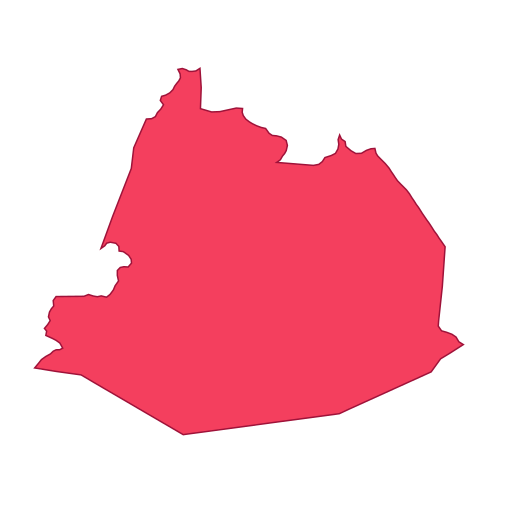 Guajeru, Bahia, Brazil (orthographic projection), rotated 184°
{"feature_id": "56859067B64963920888625", "entity_name": "Guajeru", "entity_type": "district", "adm_level": 2, "iso_a3": "BRA", "parent_name": "Brazil", "parent_adm1": "Bahia", "projection": "orthographic", "projection_center": [-41.967, -14.579], "detail": "fine", "context": "isolated", "style": "filled", "palette": "rose", "viewbox_px": 512, "rotation_deg": 184, "n_neighbors": 0, "source": "geoboundaries", "source_scale": "gbopen_adm2", "svg_char_len": 2193}
<svg xmlns="http://www.w3.org/2000/svg" viewBox="0 0 512 512"><g transform="rotate(184 256 256)"><path d="M68.0,278.4L71.9,283.3L74.7,286.7L77.1,290.0L79.9,293.2L82.9,297.3L85.8,301.1L88.2,303.9L90.7,307.1L93.1,310.1L95.2,313.0L97.2,315.7L99.7,318.6L102.1,321.9L104.5,324.9L107.3,328.8L110.5,332.4L114.0,335.5L116.9,338.0L120.1,340.9L122.6,344.0L124.7,346.8L126.8,349.4L129.5,353.1L133.5,357.2L138.1,361.2L141.6,364.3L143.5,367.0L144.9,371.6L148.8,371.0L153.2,369.1L158.0,365.8L163.6,365.2L168.5,367.6L174.0,371.6L175.1,376.4L178.9,378.6L181.0,382.5L182.2,377.8L181.2,373.2L181.7,368.5L183.9,363.9L187.9,361.5L194.1,359.0L196.4,354.8L199.7,351.8L205.0,350.4L241.9,350.8L238.4,353.7L236.5,357.6L234.6,360.2L233.2,363.2L232.4,368.5L234.0,373.4L239.0,376.4L243.9,377.3L248.2,377.4L251.6,379.4L255.3,383.9L259.8,384.6L264.6,386.0L269.0,387.8L272.1,389.4L275.7,391.8L278.5,395.2L279.8,398.4L279.7,402.2L286.0,402.2L302.1,397.5L310.3,396.6L321.7,399.1L322.4,420.1L325.0,439.3L328.9,436.4L332.5,435.7L335.8,435.5L338.6,436.9L342.6,437.9L346.9,436.7L344.4,432.4L343.8,428.5L345.2,425.3L347.1,422.7L349.0,419.7L350.4,416.2L353.4,412.7L357.3,410.2L361.3,408.7L362.3,404.5L358.8,400.4L361.3,395.8L364.3,392.2L366.1,388.0L369.7,385.7L374.9,385.0L385.5,355.4L386.5,334.6L401.8,285.4L411.2,252.7L407.6,255.6L405.8,258.4L402.3,259.6L396.6,258.9L393.5,256.0L392.9,251.4L388.7,251.1L383.1,247.7L380.3,244.0L379.7,240.2L382.8,236.1L387.0,236.1L390.6,235.1L393.3,231.9L393.0,227.0L391.4,221.5L394.4,216.6L395.9,212.2L398.9,207.5L402.2,204.5L407.6,205.4L411.4,204.3L415.4,204.7L420.4,205.9L424.8,203.8L452.6,201.6L455.2,197.4L454.3,192.0L456.4,189.2L458.1,185.7L458.8,180.8L456.8,177.2L459.0,173.1L462.0,169.0L459.6,166.5L460.1,162.1L453.4,159.6L449.7,158.0L445.6,155.5L442.4,150.6L445.3,148.8L448.8,148.5L451.6,146.9L454.2,144.0L458.7,141.1L462.8,137.7L465.6,133.6L469.0,128.9L447.2,126.9L437.0,126.2L422.2,125.2L408.8,118.5L398.3,113.3L316.1,72.7L313.0,73.4L296.8,76.7L231.0,90.3L161.9,104.5L152.2,109.9L73.2,152.6L64.7,166.3L55.5,172.8L43.0,182.1L47.7,184.6L50.8,189.1L55.1,191.6L60.5,193.2L65.7,194.3L69.3,198.8L69.3,204.0L68.0,238.6L68.0,278.4Z" fill="#f43f5e" stroke="#9f1239" stroke-width="1.5"/></g></svg>